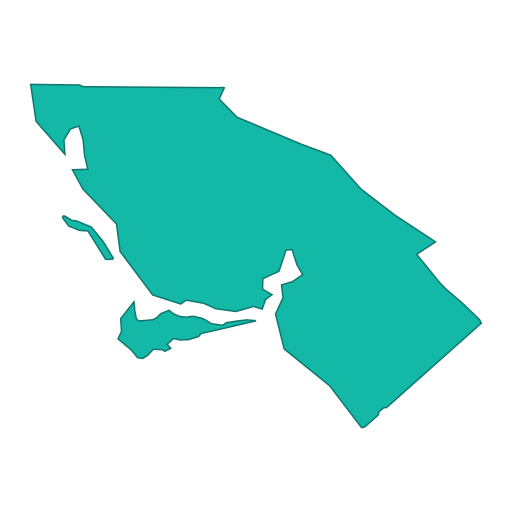 outline of Juneau, Alaska, United States of America
{"feature_id": "52423323B73641468228234", "entity_name": "Juneau", "entity_type": "district", "adm_level": 2, "iso_a3": "USA", "parent_name": "United States of America", "parent_adm1": "Alaska", "projection": "natural_earth1", "projection_center": [-134.408, 58.383], "detail": "fine", "context": "isolated", "style": "filled", "palette": "teal", "viewbox_px": 512, "rotation_deg": 0, "n_neighbors": 0, "source": "geoboundaries", "source_scale": "gbopen_adm2", "svg_char_len": 1602}
<svg xmlns="http://www.w3.org/2000/svg" viewBox="0 0 512 512"><path d="M30.7,84.4L36.1,121.4L64.9,154.3L63.9,139.9L70.5,129.0L78.9,126.0L83.1,139.7L84.5,155.1L87.8,169.3L72.4,169.7L83.0,189.2L116.5,224.0L120.1,251.5L138.7,276.3L152.7,295.0L180.8,304.0L186.3,300.2L203.8,303.3L215.7,308.7L236.0,311.5L253.5,306.4L262.2,309.1L265.6,299.4L272.0,294.7L262.6,289.2L262.8,278.7L279.0,271.2L286.0,250.1L292.1,249.6L296.9,264.7L302.7,274.6L292.6,281.6L281.5,284.9L283.0,297.7L275.5,314.1L284.2,349.0L329.7,385.8L361.4,427.4L362.8,427.6L364.2,426.7L364.7,427.0L378.2,415.0L379.0,411.7L383.8,407.6L386.4,407.7L481.3,323.2L479.6,319.7L463.6,304.3L446.4,289.5L440.5,283.6L416.6,254.3L435.5,241.9L394.7,215.0L361.0,189.1L330.8,155.2L301.2,144.2L236.8,117.1L234.7,114.9L219.2,99.0L224.3,87.8L222.6,87.4L219.6,87.7L83.1,86.7L79.7,85.0L30.7,84.4ZM255.4,321.0L255.2,320.6L246.5,319.9L236.6,321.1L226.1,322.7L223.7,324.7L221.4,325.2L211.4,323.7L204.6,319.5L201.8,318.3L194.4,316.5L190.8,316.4L186.9,317.2L182.2,316.8L177.9,315.9L173.0,313.4L169.0,310.3L160.9,313.6L157.9,316.6L157.8,317.1L152.7,319.8L141.1,320.8L139.5,320.8L137.2,320.0L136.3,318.5L134.8,311.0L134.3,304.4L133.9,301.9L120.7,318.6L121.5,331.3L118.0,338.9L131.3,350.0L137.6,357.7L142.7,358.5L147.7,355.3L153.3,349.3L162.4,349.7L164.8,351.3L170.7,348.4L167.1,344.2L173.7,338.5L180.0,340.0L188.7,339.6L198.7,336.5L200.9,333.6L255.4,321.0ZM63.3,215.9L62.5,217.6L68.8,226.1L79.6,230.4L88.0,231.0L105.6,259.4L112.4,259.3L113.3,258.2L103.2,241.6L91.4,227.1L76.4,220.9L71.9,220.4L64.9,216.1L63.3,215.9Z" fill="#14b8a6" stroke="#0f766e" stroke-width="1.5"/></svg>